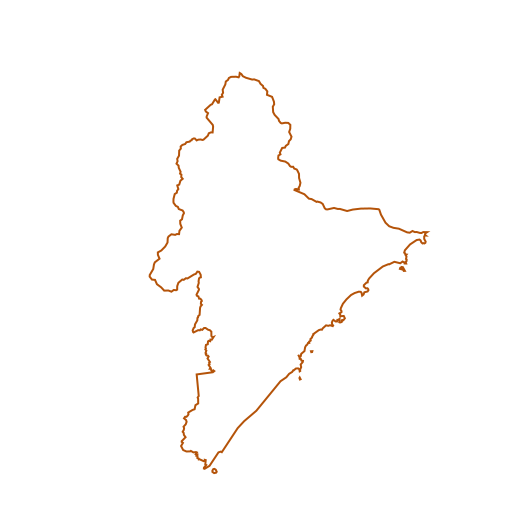 outline of Mandailing Natal, Sumatera Utara, Indonesia, rotated 240°
{"feature_id": "22746128B80893459197040", "entity_name": "Mandailing Natal", "entity_type": "district", "adm_level": 2, "iso_a3": "IDN", "parent_name": "Indonesia", "parent_adm1": "Sumatera Utara", "projection": "albers", "projection_center": [99.32, 0.78], "detail": "fine", "context": "isolated", "style": "outline", "palette": "amber", "viewbox_px": 512, "rotation_deg": 240, "n_neighbors": 0, "source": "geoboundaries", "source_scale": "gbopen_adm2", "svg_char_len": 6150}
<svg xmlns="http://www.w3.org/2000/svg" viewBox="0 0 512 512"><g transform="rotate(240 256 256)"><path d="M291.3,153.6L287.6,154.1L285.8,156.6L281.1,156.1L276.3,158.2L271.9,159.2L269.9,162.9L267.4,164.9L267.7,167.8L266.3,169.7L266.3,170.9L269.3,172.7L271.6,175.4L272.5,180.4L271.5,181.5L271.8,184.2L270.8,185.4L271.0,193.1L270.6,194.9L271.8,197.4L270.7,198.8L267.4,198.7L265.1,197.6L265.4,196.2L264.9,195.3L262.8,193.6L261.3,193.0L258.5,189.9L256.0,190.1L255.3,189.7L252.3,185.2L251.2,184.9L249.8,185.9L247.5,185.4L246.8,186.5L244.9,186.8L244.1,186.6L243.8,185.5L242.1,184.3L240.7,184.7L240.1,182.8L239.0,181.6L233.2,177.7L232.8,175.8L231.8,175.1L231.6,174.3L229.6,173.0L227.3,169.0L225.0,167.3L224.8,166.0L223.3,164.0L221.6,163.5L221.0,163.7L220.7,168.8L219.7,170.2L220.1,171.4L218.9,172.5L219.6,175.0L218.9,176.3L216.0,177.7L214.9,178.9L212.8,179.5L209.1,177.4L207.3,177.6L207.1,178.8L205.6,175.9L206.4,174.7L205.1,173.7L206.2,172.5L206.0,171.7L203.7,170.1L204.0,168.2L202.0,166.5L201.0,166.4L200.4,165.4L198.9,165.7L197.3,163.8L196.5,164.1L195.8,163.3L194.6,163.4L193.8,164.5L192.6,164.7L191.5,162.8L187.2,163.1L186.9,161.9L185.5,161.7L185.3,160.5L181.9,160.7L181.4,159.6L180.7,160.5L179.6,160.1L178.3,160.3L178.4,161.8L177.2,162.3L176.9,160.5L183.1,145.4L163.4,136.4L162.6,134.7L161.3,134.5L157.2,132.2L157.1,129.0L154.0,126.2L154.4,124.1L154.3,119.0L152.7,118.4L152.0,117.2L151.5,115.4L152.2,114.2L151.4,112.5L148.9,113.4L147.1,113.0L145.4,111.0L144.4,107.9L142.9,107.7L141.5,106.5L140.4,104.6L139.0,104.9L137.1,104.1L134.3,104.4L132.8,99.1L132.2,98.7L130.7,99.3L128.9,96.1L124.4,95.9L121.5,98.0L119.7,101.3L119.8,102.1L117.2,103.6L116.2,106.0L115.4,106.6L114.5,104.8L113.5,105.9L112.8,104.5L111.9,105.3L110.4,104.2L109.4,105.0L108.5,104.7L108.3,105.4L104.5,108.1L104.3,109.5L105.0,109.8L104.4,110.4L100.9,107.9L99.9,108.4L98.7,105.1L98.0,104.6L97.4,105.1L97.5,110.8L104.7,125.3L104.2,127.7L103.2,128.3L116.1,154.1L118.9,163.2L121.8,178.9L135.3,214.6L135.8,221.6L137.4,225.8L137.5,229.3L138.4,231.2L138.1,231.5L138.6,234.3L137.6,236.3L136.2,236.9L134.3,236.2L134.3,236.8L135.4,237.2L137.2,239.6L139.7,240.4L140.8,243.5L141.7,244.2L142.6,243.1L144.5,243.3L145.1,242.4L146.5,243.0L149.4,243.2L146.5,243.1L146.8,244.6L148.7,246.3L149.4,250.4L152.4,252.9L153.5,254.7L153.6,256.0L154.7,257.6L154.1,258.7L155.3,259.2L155.4,261.1L156.8,261.5L157.4,263.8L158.1,264.3L159.2,266.5L159.7,266.5L160.4,273.4L159.9,275.5L159.2,276.2L160.0,277.7L160.9,282.0L159.4,283.7L159.0,285.5L156.9,287.4L157.3,288.1L158.5,287.7L160.4,288.4L161.5,289.7L162.0,291.1L159.5,292.2L158.8,293.4L160.0,294.5L159.6,295.2L159.8,296.9L157.0,295.0L156.4,295.5L156.0,297.2L156.5,297.9L157.4,298.0L157.5,298.6L156.7,299.5L157.6,301.8L160.2,302.0L161.7,298.9L163.1,299.6L164.6,299.5L164.6,301.9L165.5,302.5L167.3,302.4L168.4,303.4L171.2,307.4L173.2,312.6L174.7,318.8L174.6,322.9L173.7,327.2L172.6,328.8L171.4,329.0L168.6,328.1L168.9,329.9L170.4,331.7L169.5,334.9L170.2,336.3L171.3,336.6L172.3,336.4L173.0,335.0L175.6,334.1L176.8,334.8L177.7,338.4L177.3,339.5L178.8,340.6L180.0,342.8L182.1,349.5L183.5,360.6L182.7,366.6L182.2,367.1L181.8,372.9L177.6,377.3L177.9,380.2L175.8,381.3L175.2,381.0L174.4,382.3L176.2,382.7L176.3,383.8L177.6,384.7L178.4,384.4L180.2,386.0L181.6,386.0L182.0,387.1L182.8,386.1L183.9,386.4L184.8,386.0L186.5,387.8L189.0,395.2L189.5,403.1L188.5,405.8L187.2,406.3L185.2,406.0L183.6,406.5L183.5,407.3L182.7,408.0L182.7,409.2L183.6,410.1L186.7,410.2L188.9,411.5L189.3,412.5L188.8,413.3L189.8,412.9L190.4,413.3L191.0,414.2L191.1,416.1L193.1,412.8L193.2,410.8L194.0,409.5L196.4,407.2L197.3,405.5L199.4,404.0L199.3,400.8L200.9,398.7L208.2,393.4L211.7,389.1L215.2,386.2L220.1,384.8L229.3,384.9L234.4,385.9L235.2,385.6L240.0,378.8L244.6,370.5L247.8,363.1L249.4,357.4L254.8,352.2L255.8,350.4L258.6,347.6L260.6,341.2L261.4,340.0L262.9,339.4L267.7,339.8L270.1,338.7L272.5,336.3L272.6,335.5L277.5,332.6L279.2,330.5L285.3,328.8L293.9,322.3L294.4,322.8L294.1,324.1L292.2,326.4L293.8,327.1L294.8,328.9L297.2,331.1L302.0,332.3L305.6,334.3L309.6,334.6L310.6,334.5L312.6,332.8L314.7,332.8L315.6,331.1L316.8,330.4L319.9,330.2L323.1,328.6L326.3,325.0L328.6,323.7L329.7,324.1L331.8,325.7L331.8,328.0L333.6,328.3L336.5,332.7L335.4,335.3L336.5,336.9L336.8,340.0L339.0,342.0L339.7,344.4L341.6,346.4L346.8,346.7L349.1,349.3L352.4,351.3L355.1,350.5L356.8,347.9L357.9,344.7L358.9,343.9L361.5,343.5L363.4,344.0L368.9,342.7L372.0,342.8L376.9,345.2L378.3,347.6L380.7,348.7L385.8,349.5L390.1,346.1L392.9,348.1L396.1,347.7L397.9,346.5L399.7,347.1L402.8,346.0L406.0,346.0L409.9,342.7L410.7,340.9L415.4,336.4L418.3,334.5L420.9,334.3L422.6,333.4L420.0,331.4L419.4,330.3L421.2,328.4L423.6,324.0L423.7,321.5L422.5,319.8L422.2,317.1L419.9,315.2L416.7,310.3L413.8,309.1L412.7,307.0L410.7,306.7L411.6,303.8L407.4,300.5L407.6,299.8L412.1,299.2L412.1,298.7L409.4,293.8L409.6,292.3L408.0,285.0L406.2,284.8L403.7,285.9L401.5,283.0L400.5,282.4L391.1,284.1L389.4,283.5L384.7,280.2L385.6,278.7L385.9,276.5L384.3,274.5L383.0,268.7L383.3,267.6L384.6,266.3L385.6,264.2L385.8,262.4L388.3,261.8L388.9,261.0L389.1,259.1L388.4,258.1L388.7,257.0L388.2,255.8L389.3,252.6L388.4,250.7L389.0,247.8L388.5,245.5L386.6,244.6L385.7,242.2L381.4,239.5L379.5,236.3L377.3,235.5L375.7,233.3L373.0,234.1L371.0,233.2L366.6,232.8L365.3,231.4L363.8,232.1L361.7,230.7L359.5,231.1L359.0,228.2L356.2,225.2L356.5,223.1L352.8,222.2L351.9,220.2L350.4,219.1L350.3,216.6L346.7,213.1L344.4,211.7L343.3,211.2L339.5,211.6L337.6,212.9L335.3,212.6L332.1,215.2L330.0,215.3L329.1,215.0L327.8,212.9L324.8,210.3L324.5,208.0L321.7,206.5L317.7,205.9L316.1,202.3L313.4,200.3L314.6,198.4L314.7,196.6L317.1,193.6L316.6,189.9L315.6,188.5L311.9,186.1L309.6,182.1L308.1,176.7L308.2,172.8L306.0,171.6L301.9,171.1L301.1,165.2L299.7,163.4L296.1,160.5L292.7,154.5L291.3,153.6ZM92.4,113.6L92.8,112.5L92.0,111.0L90.8,110.3L88.9,111.2L88.3,113.1L88.8,114.1L91.0,114.3L92.4,113.6ZM173.7,376.6L173.1,376.2L173.6,375.0L172.9,374.2L170.6,376.5L169.2,376.5L168.7,377.5L172.9,377.6L173.7,376.6ZM127.1,232.3L127.0,233.0L128.9,233.1L128.6,232.6L127.1,232.3ZM145.4,257.2L146.0,256.0L145.1,255.8L144.8,256.6L145.4,257.2Z" fill="none" stroke="#b45309" stroke-width="2"/></g></svg>